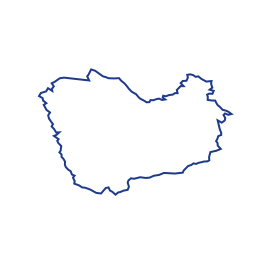 outline of Coqueiros do Sul, Rio Grande do Sul, Brazil, rotated 109°
{"feature_id": "56859067B99955051081577", "entity_name": "Coqueiros do Sul", "entity_type": "district", "adm_level": 2, "iso_a3": "BRA", "parent_name": "Brazil", "parent_adm1": "Rio Grande do Sul", "projection": "equal_earth", "projection_center": [-52.771, -28.135], "detail": "fine", "context": "isolated", "style": "outline", "palette": "blue", "viewbox_px": 256, "rotation_deg": 109, "n_neighbors": 0, "source": "geoboundaries", "source_scale": "gbopen_adm2", "svg_char_len": 2124}
<svg xmlns="http://www.w3.org/2000/svg" viewBox="0 0 256 256"><g transform="rotate(109 128 128)"><path d="M84.6,181.9L90.4,182.7L92.4,183.4L95.7,180.2L101.2,204.9L103.2,208.7L108.5,212.6L110.5,214.7L112.8,211.7L115.8,212.7L117.6,211.7L116.4,216.6L120.0,217.3L123.3,221.8L126.8,222.5L127.5,218.5L129.7,217.2L131.1,213.3L133.5,215.2L137.4,211.0L138.7,206.8L142.0,207.6L144.8,205.8L147.3,202.4L148.7,200.2L151.4,200.7L153.1,197.5L155.6,194.4L154.5,191.6L157.8,193.4L159.6,195.4L161.2,190.0L163.2,190.7L164.9,189.0L166.8,185.2L169.4,184.8L171.2,184.3L173.4,184.9L174.6,182.3L177.1,181.3L178.1,179.1L180.3,176.6L183.3,175.7L185.3,174.0L186.9,170.8L187.5,168.2L190.2,165.9L190.5,163.0L192.8,163.9L195.6,161.1L198.1,160.7L198.2,155.5L199.1,152.0L198.4,149.0L198.5,143.7L199.7,136.8L198.7,132.2L192.0,129.5L190.5,127.1L193.0,124.7L193.4,122.1L195.1,118.1L192.2,116.4L191.0,114.4L188.8,112.0L186.6,108.2L183.2,108.0L179.8,110.5L177.4,110.5L174.6,108.8L174.0,105.7L170.6,100.5L169.5,95.1L167.9,91.4L164.7,88.0L162.3,83.4L158.8,79.4L155.8,68.9L152.4,61.7L150.0,61.5L144.4,58.8L142.4,56.2L140.1,54.5L139.8,51.9L138.0,50.0L136.5,47.5L135.0,45.3L133.7,42.1L132.1,40.6L129.0,41.9L123.9,42.2L120.7,37.0L117.6,33.5L115.5,37.4L113.1,38.4L111.7,40.4L109.8,40.0L106.3,40.0L104.2,37.6L102.2,38.3L99.0,41.0L91.6,45.7L92.4,41.1L89.4,39.0L86.9,39.3L84.6,41.9L82.7,41.0L82.9,37.6L81.1,34.7L80.0,38.2L79.7,40.8L80.0,44.5L78.1,48.1L77.2,50.6L75.7,52.5L73.7,54.5L74.7,57.7L75.5,61.8L72.5,62.7L70.7,64.1L69.0,62.3L68.2,59.3L65.0,59.1L65.2,63.3L62.4,61.4L59.0,63.9L56.4,64.3L58.6,69.1L57.7,74.5L56.3,78.3L57.6,80.7L56.8,83.6L57.0,86.6L58.4,89.3L60.9,87.8L64.3,88.1L65.7,91.5L68.4,92.8L70.3,89.1L71.3,91.9L73.7,93.0L76.2,94.2L78.9,92.5L79.8,95.0L81.8,96.5L83.5,99.9L85.7,102.6L86.0,105.2L87.9,105.1L88.9,102.1L90.4,104.9L90.1,108.2L91.6,110.7L93.5,113.1L94.3,115.8L96.6,116.2L97.6,118.8L96.8,122.4L96.3,126.1L95.2,128.4L93.4,131.3L92.5,136.3L90.6,140.0L88.4,143.3L86.9,146.1L85.5,149.9L83.8,152.7L85.4,156.6L86.4,159.7L87.3,162.8L87.1,165.4L87.3,168.5L86.6,170.9L85.6,174.3L84.6,177.6L84.6,181.9Z" fill="none" stroke="#1e3a8a" stroke-width="2"/></g></svg>